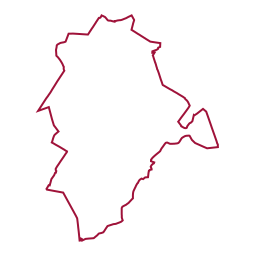 Gepiu, Bihor, Romania (Albers equal-area conic projection)
{"feature_id": "2599482B6975521372784", "entity_name": "Gepiu", "entity_type": "district", "adm_level": 2, "iso_a3": "ROU", "parent_name": "Romania", "parent_adm1": "Bihor", "projection": "albers", "projection_center": [21.796, 46.914], "detail": "fine", "context": "isolated", "style": "outline", "palette": "rose", "viewbox_px": 256, "rotation_deg": 0, "n_neighbors": 0, "source": "geoboundaries", "source_scale": "gbopen_adm2", "svg_char_len": 5275}
<svg xmlns="http://www.w3.org/2000/svg" viewBox="0 0 256 256"><path d="M122.7,220.4L122.1,218.6L121.8,217.5L121.8,217.3L121.8,216.8L121.8,215.6L121.7,214.3L121.7,212.9L121.7,211.2L121.7,210.2L121.7,208.1L122.4,206.7L124.2,205.7L125.6,205.0L126.2,204.7L126.9,204.1L127.9,203.4L128.6,202.9L129.4,202.0L130.6,200.7L131.1,200.2L131.8,199.4L132.9,198.4L132.9,195.5L133.0,193.7L133.2,192.2L133.5,191.1L133.8,190.5L134.1,189.8L134.5,189.0L135.0,187.9L135.4,187.2L135.8,186.2L136.5,184.8L137.4,183.3L137.9,183.0L138.7,181.2L139.7,179.8L141.5,178.6L143.1,179.1L145.2,177.4L148.0,177.2L148.1,176.5L148.5,172.9L148.9,170.8L149.4,170.6L149.6,170.0L151.6,169.5L151.5,168.4L151.1,167.9L151.1,167.7L150.7,166.7L151.5,165.2L152.7,164.0L153.4,163.6L153.8,163.4L154.0,163.1L154.0,162.8L154.2,162.4L151.0,161.2L151.0,159.9L151.7,158.8L152.6,157.7L154.4,156.0L156.5,154.2L159.1,152.1L160.2,151.1L160.7,150.0L161.5,148.5L163.0,146.5L164.6,144.2L165.7,142.9L166.2,142.7L166.8,142.6L167.4,142.6L168.4,143.1L170.0,143.8L171.9,143.8L174.4,143.7L177.1,143.4L178.1,143.1L178.9,142.5L179.7,141.4L181.4,138.6L182.0,137.9L182.9,137.3L184.8,136.2L186.2,135.8L187.6,135.7L189.1,135.6L189.6,135.8L191.9,139.9L195.1,143.0L197.8,144.2L203.6,146.8L207.1,148.3L215.2,147.4L217.9,147.1L217.8,144.4L217.2,143.4L216.6,141.3L214.4,135.0L211.7,127.4L211.0,125.3L207.8,116.1L206.2,111.6L203.0,108.9L196.9,113.7L194.1,115.5L193.8,115.2L192.6,120.3L192.4,121.1L191.9,121.7L191.3,122.2L190.7,122.8L189.8,123.1L189.2,123.6L188.8,124.2L188.0,125.2L187.7,125.7L187.2,126.3L186.9,127.5L186.6,127.9L186.0,128.1L185.0,128.1L184.2,127.9L181.3,126.3L181.4,126.0L178.2,121.7L178.6,121.2L180.1,119.1L181.1,117.7L183.0,115.2L183.7,114.3L186.7,110.2L187.7,108.8L187.9,108.6L188.6,107.5L189.3,106.4L189.6,105.8L189.7,105.5L189.0,104.2L188.1,102.2L187.5,101.3L186.7,100.3L185.4,99.2L185.2,98.9L184.9,98.3L184.8,98.0L183.9,97.5L183.8,97.4L183.0,96.8L178.8,94.3L177.8,93.7L177.6,93.5L173.5,91.2L172.8,90.7L171.8,90.1L171.2,89.8L170.2,89.3L168.3,88.2L163.7,85.5L163.1,85.2L162.9,85.1L162.6,84.7L161.8,82.2L161.0,80.0L160.9,79.8L160.3,77.9L158.8,73.2L157.7,70.1L157.2,69.3L156.9,67.9L156.3,66.1L155.9,64.5L155.6,63.7L155.4,62.9L155.2,62.7L154.8,61.4L153.7,58.0L153.5,57.3L153.0,55.7L152.8,55.3L153.4,54.5L154.5,52.7L152.3,52.8L152.3,52.5L152.3,52.1L152.4,51.3L156.6,49.8L158.0,48.9L158.2,47.7L160.1,46.9L160.3,43.1L156.0,42.5L150.2,41.6L149.8,41.3L145.4,38.6L145.2,38.4L144.0,37.7L143.1,37.1L141.0,35.8L139.8,35.0L138.5,34.2L138.1,34.0L134.7,31.8L131.5,29.8L132.8,24.8L133.1,23.5L134.1,20.3L134.1,20.1L134.1,19.9L133.1,18.1L131.6,15.4L131.4,15.5L130.5,15.9L129.7,16.3L128.6,16.8L126.0,18.2L124.4,18.8L122.2,19.7L121.2,20.0L120.2,20.2L119.5,20.2L118.8,20.3L118.1,20.4L117.4,20.5L116.7,20.7L116.0,20.9L115.2,21.0L114.7,21.0L114.6,21.7L112.8,21.3L110.7,20.7L108.9,20.6L108.2,20.5L107.7,20.2L107.1,19.5L106.4,18.6L105.7,17.8L105.2,17.2L104.6,16.8L103.3,16.2L103.0,16.0L102.4,15.8L102.1,15.7L101.8,15.5L101.6,15.4L100.6,17.4L100.3,17.6L99.8,17.9L99.1,17.8L98.8,18.0L97.5,20.0L97.2,20.4L96.8,21.1L96.3,21.7L96.2,21.9L96.0,22.3L94.9,24.0L93.4,26.3L92.9,27.1L92.1,28.2L91.5,29.1L91.1,29.7L91.0,29.9L90.5,30.7L90.2,31.0L89.0,33.0L88.7,33.4L88.0,34.5L87.2,34.5L77.9,33.9L73.1,33.6L68.6,33.7L67.4,36.9L65.6,41.6L65.3,41.8L64.6,42.0L63.8,42.3L62.0,42.6L61.6,42.7L61.0,42.8L60.3,43.0L59.5,43.4L58.7,43.9L58.1,44.2L57.7,44.4L57.3,44.7L57.1,45.0L56.8,45.4L56.7,45.9L56.6,47.1L56.0,49.9L56.3,54.3L56.3,55.3L56.4,55.7L56.6,55.9L56.6,56.0L57.9,57.2L59.3,59.0L60.0,59.9L60.7,61.0L61.8,62.8L62.6,64.3L63.2,65.8L63.7,66.7L63.8,66.9L63.8,67.2L63.7,67.6L63.7,67.9L63.7,68.4L63.7,69.0L63.8,69.4L64.0,70.1L64.1,70.3L64.3,70.7L62.2,73.9L61.8,74.5L60.6,76.3L60.4,76.6L59.6,77.8L59.5,78.0L59.1,78.6L57.3,81.3L55.7,83.9L54.4,86.0L52.3,89.3L51.0,91.5L50.4,92.5L50.2,92.8L48.7,94.9L48.0,96.0L46.2,98.4L38.1,110.9L48.8,107.1L52.0,119.2L53.9,125.4L55.3,127.2L58.5,131.5L58.0,131.9L55.8,133.8L54.7,134.8L54.2,135.5L53.7,136.7L53.1,138.4L52.3,141.2L51.8,142.5L53.5,143.4L55.5,144.6L59.3,146.7L63.1,149.0L64.0,149.5L64.7,150.0L66.3,151.0L67.0,151.4L66.8,152.2L65.7,153.7L63.9,156.4L62.4,158.6L60.4,161.5L58.9,163.8L57.1,166.4L55.7,168.8L55.7,169.0L55.8,169.4L55.7,169.7L55.9,170.5L56.3,171.0L55.9,172.4L55.9,172.5L55.5,172.5L55.2,172.7L54.7,173.9L54.1,175.3L51.4,179.1L50.4,182.9L50.0,184.2L50.0,184.4L49.7,185.4L48.7,185.2L47.3,187.6L46.5,188.9L46.9,189.6L55.0,191.1L61.6,192.3L63.2,192.6L63.5,193.2L73.0,210.5L74.1,212.5L74.4,213.1L74.7,213.6L75.9,215.8L76.9,217.8L77.1,218.1L77.2,218.6L77.3,219.3L77.6,221.8L78.0,225.2L78.2,227.3L78.7,231.5L79.1,235.4L79.6,240.6L79.8,240.6L80.2,240.5L80.3,239.8L80.4,239.2L80.8,238.8L80.8,238.5L81.4,238.8L81.7,238.9L81.9,239.0L82.0,239.2L82.2,240.5L82.8,240.2L84.7,239.3L85.5,238.9L88.4,238.6L89.7,238.5L91.1,238.4L92.3,238.3L93.2,238.2L93.6,238.2L93.8,238.1L94.3,237.7L95.5,236.7L96.5,235.9L97.2,235.3L97.6,234.9L98.4,234.0L98.8,233.6L99.4,233.4L99.9,233.3L100.9,233.1L101.8,232.9L102.6,232.5L103.1,232.4L103.3,232.3L104.0,231.4L106.4,227.7L107.0,226.9L107.3,226.3L107.7,226.0L108.6,225.7L109.2,225.5L111.4,224.8L112.9,224.3L113.5,224.1L113.9,224.1L114.5,224.0L115.0,224.0L115.4,223.9L116.0,223.8L117.0,223.4L118.3,222.9L119.4,222.5L121.0,221.8L121.2,221.7L122.4,220.7L122.7,220.4Z" fill="none" stroke="#9f1239" stroke-width="2"/></svg>